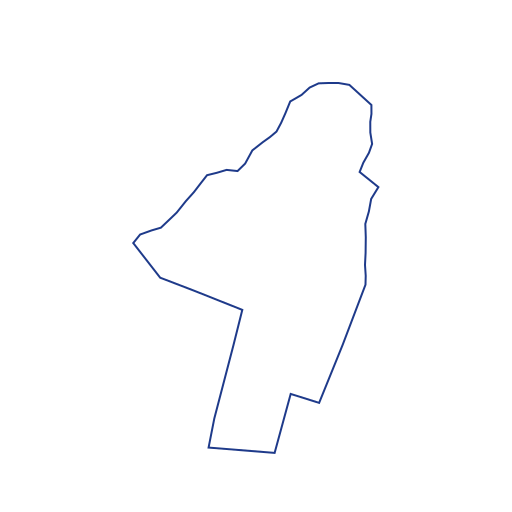 the district of Poço de José de Moura, Paraíba, Brazil, rotated 204°
{"feature_id": "56859067B94922107840664", "entity_name": "Poço de José de Moura", "entity_type": "district", "adm_level": 2, "iso_a3": "BRA", "parent_name": "Brazil", "parent_adm1": "Paraíba", "projection": "robinson", "projection_center": [-38.49, -6.591], "detail": "fine", "context": "isolated", "style": "outline", "palette": "blue", "viewbox_px": 512, "rotation_deg": 204, "n_neighbors": 0, "source": "geoboundaries", "source_scale": "gbopen_adm2", "svg_char_len": 823}
<svg xmlns="http://www.w3.org/2000/svg" viewBox="0 0 512 512"><g transform="rotate(204 256 256)"><path d="M373.4,217.9L334.7,197.2L298.8,199.1L246.6,201.2L240.3,165.2L228.0,90.6L221.4,61.7L158.9,83.7L168.2,144.1L138.6,147.5L140.7,210.0L144.3,274.3L147.7,282.5L152.8,292.2L157.1,303.3L163.3,317.7L169.2,329.8L171.0,342.6L174.0,355.0L172.2,368.7L195.5,374.9L195.9,384.9L194.8,396.2L195.5,405.6L201.8,415.3L206.2,425.1L208.3,432.7L212.0,440.9L240.3,450.3L251.0,447.6L259.8,443.7L269.0,439.2L275.5,431.7L279.9,421.7L287.6,411.1L287.2,398.1L287.2,387.8L287.9,378.0L291.6,370.4L296.0,362.9L302.3,351.0L303.5,336.0L307.4,326.1L317.9,322.7L325.6,316.1L333.6,309.9L336.1,299.9L338.7,289.1L342.4,277.6L346.1,263.4L350.1,253.6L354.4,243.2L361.8,236.9L370.6,228.5L373.4,217.9Z" fill="none" stroke="#1e3a8a" stroke-width="2"/></g></svg>